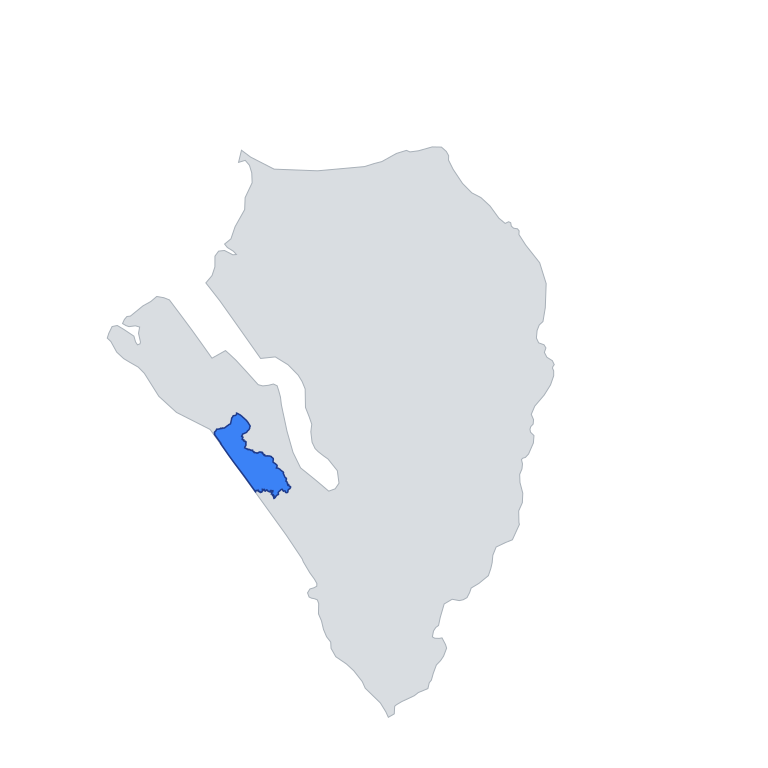 Kolda, Kolda, Senegal (highlighted), rotated 54°
{"feature_id": "50182788B77977720497228", "entity_name": "Kolda", "entity_type": "district", "adm_level": 2, "iso_a3": "SEN", "parent_name": "Senegal", "parent_adm1": "Kolda", "projection": "mercator", "projection_center": [-14.609, 12.87], "detail": "fine", "context": "in_parent", "style": "filled", "palette": "blue", "viewbox_px": 768, "rotation_deg": 54, "n_neighbors": 0, "source": "geoboundaries", "source_scale": "gbopen_adm2", "svg_char_len": 8596}
<svg xmlns="http://www.w3.org/2000/svg" viewBox="0 0 768 768"><g transform="rotate(54 384 384)"><path d="M577.2,357.0L585.5,371.7L583.7,378.8L581.8,389.1L586.5,396.6L592.1,401.5L596.0,406.0L600.4,412.2L601.1,424.5L600.3,433.4L603.1,437.4L605.6,442.4L605.1,446.7L603.5,450.4L598.2,455.4L597.3,464.6L605.9,475.7L611.4,481.8L611.4,485.2L612.9,489.1L617.0,493.5L619.5,492.4L622.3,488.8L623.5,486.3L631.0,487.4L634.5,488.6L639.2,495.8L641.0,500.7L642.1,506.8L647.1,514.3L651.4,519.7L652.3,523.0L656.2,527.5L653.8,537.6L654.0,542.7L651.4,556.1L650.8,562.5L651.0,564.8L656.9,569.6L656.2,576.4L650.3,575.2L639.9,574.4L619.1,578.0L612.0,576.5L598.3,577.0L588.6,578.9L576.3,583.3L566.7,582.2L561.5,578.8L554.7,579.0L547.0,577.2L538.9,573.8L531.4,572.1L523.3,565.9L519.5,564.8L516.9,566.4L514.7,568.5L512.3,569.8L508.0,568.6L506.3,564.4L507.7,560.4L508.1,557.3L506.0,555.6L501.1,555.0L493.2,555.0L480.4,553.8L477.4,553.0L448.7,551.9L419.0,551.8L393.7,551.7L361.9,551.6L339.5,551.5L318.6,551.4L302.5,559.6L285.0,568.6L261.6,573.4L234.5,571.6L225.9,572.9L217.0,576.9L210.4,579.7L201.1,581.5L189.1,580.0L184.2,580.9L181.2,576.8L177.7,570.2L179.9,565.4L187.2,562.3L198.3,558.2L204.0,560.3L207.4,560.4L208.1,557.8L207.0,556.4L198.7,552.8L194.3,548.2L190.8,550.9L187.7,556.6L185.1,558.4L181.4,560.0L179.2,556.1L178.3,552.3L180.0,549.3L179.1,532.9L180.2,524.1L179.6,516.4L184.8,511.4L189.8,508.2L209.1,507.9L227.1,507.7L244.4,507.8L262.0,508.0L263.8,492.6L269.4,491.4L277.7,489.8L293.3,488.0L310.6,486.2L314.3,483.2L317.2,478.1L319.0,473.5L322.6,471.5L327.5,473.1L333.8,475.5L340.4,479.2L348.0,482.6L353.0,484.8L365.1,490.2L385.8,497.8L402.8,500.8L423.4,495.3L438.2,491.7L440.1,485.1L437.8,478.7L426.7,472.7L411.7,473.4L407.1,475.0L400.1,477.0L395.8,477.7L388.8,476.4L379.7,471.3L374.1,466.1L366.2,463.7L356.8,461.3L341.7,450.7L333.9,448.8L326.4,448.2L312.1,450.3L298.2,456.0L290.8,468.8L276.9,468.6L247.2,468.2L220.0,467.9L197.5,468.7L195.2,459.4L189.9,452.0L181.2,445.6L179.3,439.7L182.2,434.6L190.6,430.4L192.5,427.3L188.1,427.8L181.5,430.5L177.1,430.7L176.6,422.5L169.2,412.0L161.0,394.2L151.6,386.8L143.7,372.4L135.5,366.9L128.0,364.3L121.5,364.8L119.2,371.4L111.1,361.9L122.1,358.5L145.6,346.6L172.5,312.4L196.7,271.9L199.9,262.3L202.8,255.0L204.8,238.4L208.2,228.5L211.5,226.6L215.6,219.0L220.5,205.7L226.1,198.3L232.4,196.9L237.3,197.5L240.8,200.2L251.0,201.9L267.9,202.6L281.0,200.6L290.2,196.0L302.3,193.6L317.3,193.6L325.3,191.6L326.0,187.8L328.0,186.7L331.1,188.2L334.1,187.6L336.9,184.8L339.6,184.7L342.4,187.0L354.9,187.7L377.4,186.8L398.1,193.8L417.1,208.7L426.9,218.7L427.5,223.7L430.7,228.7L436.4,233.7L441.6,234.7L446.3,231.5L450.0,231.8L452.7,235.7L458.1,236.5L464.1,234.1L468.4,234.9L469.2,237.2L470.2,238.4L473.1,239.0L477.1,241.9L482.6,249.8L487.1,260.9L490.5,275.0L495.1,282.7L500.8,284.0L504.1,286.9L504.7,290.2L506.4,292.5L509.1,293.8L513.9,293.0L519.5,297.8L525.6,308.2L526.5,312.8L525.6,315.3L525.9,317.2L530.0,318.9L533.8,322.3L536.9,327.4L543.6,331.9L553.9,335.9L561.3,341.8L565.8,349.6L575.3,356.2L577.2,357.0Z" fill="#d9dde1" stroke="#a8b0b8" stroke-width="1"/><path d="M325.2,550.8L336.0,550.8L336.0,551.1L336.8,551.2L350.4,551.5L360.1,551.5L369.6,551.3L377.2,551.2L395.8,551.3L395.8,551.1L395.3,550.6L394.7,549.4L394.9,549.6L395.1,549.6L395.5,549.2L396.2,548.9L396.0,548.4L396.8,548.6L397.0,548.4L397.0,548.1L397.0,547.5L397.1,548.0L397.5,548.4L397.9,548.2L397.9,547.9L398.1,547.8L398.6,547.9L399.0,547.8L398.8,547.3L398.9,547.2L399.0,547.1L399.5,546.8L399.6,546.6L399.6,546.3L399.2,545.8L399.2,545.1L399.0,544.8L398.9,544.6L398.1,544.7L397.9,544.5L398.4,544.5L398.6,544.3L398.6,543.5L398.6,543.3L398.9,542.8L399.1,542.9L399.2,543.2L399.4,543.3L399.7,543.4L400.1,543.4L400.9,543.0L400.9,542.8L400.9,542.6L400.8,542.4L400.6,542.2L400.6,541.6L400.8,541.3L400.8,541.0L401.3,540.9L401.7,541.1L402.0,541.0L402.2,540.8L402.5,540.8L403.5,540.3L403.7,540.0L403.9,540.0L404.1,539.9L404.2,539.7L404.1,539.3L403.9,539.3L403.4,539.7L403.6,539.4L403.7,539.0L403.7,538.8L403.7,538.6L403.7,538.4L403.6,538.0L403.7,537.9L404.0,537.9L404.7,537.5L404.8,537.5L405.0,537.7L405.3,537.3L405.2,537.1L404.9,537.0L404.8,536.9L405.0,536.6L405.5,537.0L405.9,537.5L405.6,537.8L405.5,538.8L405.6,539.0L405.9,538.9L406.2,539.0L406.8,539.7L407.0,539.3L407.7,539.1L408.2,538.8L408.3,539.0L408.1,539.0L407.8,539.1L408.0,539.4L408.1,539.5L408.7,539.4L408.9,539.7L409.0,539.7L409.3,539.6L409.5,539.5L409.6,539.4L409.6,539.2L409.4,539.0L409.5,538.8L409.4,538.7L409.5,538.7L409.8,538.8L410.1,538.8L410.2,539.0L410.6,539.6L411.1,540.1L411.9,540.3L412.0,540.0L411.8,539.0L411.8,538.8L411.9,538.7L411.6,538.2L411.5,537.6L411.2,537.3L411.1,536.7L411.1,536.4L411.0,535.7L411.3,534.5L411.2,534.3L411.1,534.0L410.3,533.8L409.7,533.5L409.3,532.5L409.2,531.2L409.0,530.1L409.0,529.1L409.2,528.4L409.4,528.2L410.8,528.4L411.2,528.3L411.4,528.4L411.6,528.4L411.8,527.7L412.2,527.1L412.4,526.9L412.8,526.9L413.3,527.2L413.6,527.3L414.1,527.2L414.5,526.9L414.8,526.5L415.0,525.7L414.9,525.5L414.4,524.8L414.2,524.6L413.9,524.5L413.6,524.2L413.4,523.8L413.2,523.1L413.3,522.3L413.2,521.9L413.3,521.7L413.1,521.4L413.0,520.7L412.9,520.5L412.4,520.3L412.3,520.1L412.1,520.2L411.9,520.1L411.7,520.1L411.4,520.5L410.4,520.6L410.1,520.9L409.9,520.7L409.6,521.3L409.2,521.3L409.0,521.2L408.9,520.7L408.7,520.9L408.0,520.8L407.6,520.6L407.5,520.3L407.1,520.4L406.9,520.4L406.1,520.0L405.5,520.2L404.9,520.4L404.8,520.1L404.3,519.8L403.9,519.1L403.6,519.0L403.1,518.8L402.9,518.4L402.0,518.7L401.5,518.9L400.5,518.8L399.4,518.5L399.1,518.5L398.6,518.3L397.7,518.2L397.2,518.1L396.9,517.7L396.7,517.4L395.5,517.3L394.8,517.7L394.1,517.8L393.3,518.1L391.5,518.4L390.9,518.7L390.5,518.9L389.8,519.2L389.3,519.7L388.7,520.4L387.6,518.8L387.5,518.6L387.1,518.4L386.9,518.4L386.6,518.3L386.0,518.5L384.6,518.7L384.0,519.0L382.8,519.4L382.3,519.7L381.8,519.5L381.0,519.0L380.5,518.4L380.4,518.2L380.0,517.9L379.9,517.9L379.2,517.4L378.9,517.4L378.1,517.6L377.8,517.6L377.4,517.9L376.9,518.0L376.5,517.8L376.3,517.9L374.8,519.1L374.2,519.9L374.0,520.3L373.9,520.4L373.6,520.5L373.4,520.9L373.1,521.4L373.0,521.6L372.8,521.8L372.7,522.0L372.1,522.4L371.5,522.9L371.2,523.0L370.9,522.9L370.6,522.5L370.6,522.4L370.1,522.8L369.7,522.8L369.2,523.1L368.6,522.6L368.3,522.6L368.2,522.6L368.4,523.0L368.2,523.2L367.7,523.1L367.2,523.4L366.7,523.4L366.6,523.5L366.6,523.9L366.3,524.4L366.0,524.5L365.7,524.9L365.7,525.2L365.7,525.6L365.7,526.0L365.8,526.2L365.7,526.6L365.4,526.8L365.4,527.3L365.1,527.3L364.8,527.8L364.4,527.9L364.1,528.3L363.8,528.5L363.5,528.8L363.5,529.1L363.2,529.3L363.1,529.1L362.4,529.0L362.2,529.4L362.0,529.5L361.7,529.5L361.3,529.4L360.9,529.7L360.6,529.8L360.2,529.3L360.0,529.5L359.7,530.0L359.5,530.7L359.1,530.9L358.6,530.9L357.5,531.6L357.6,531.9L357.4,532.1L357.3,532.4L357.2,532.4L357.2,532.6L356.6,532.7L356.3,532.9L356.1,532.8L355.5,533.4L355.2,533.4L355.0,533.6L354.6,533.7L354.2,534.0L353.9,534.0L353.7,534.2L353.0,533.4L352.9,532.6L352.5,532.2L352.4,531.7L352.0,531.6L351.8,531.4L351.7,531.1L351.0,530.9L350.8,530.8L350.6,530.2L350.4,530.1L350.0,530.0L349.6,529.7L349.4,530.0L349.3,529.9L349.1,529.8L348.5,530.0L348.1,530.8L347.8,530.8L347.7,530.8L347.6,530.6L347.4,530.6L347.1,530.7L346.8,530.3L346.7,530.4L346.7,530.7L346.2,530.8L345.9,531.1L345.5,531.3L345.2,531.0L345.1,530.6L344.5,530.3L344.4,529.6L344.1,529.4L343.7,529.4L343.5,529.5L342.7,530.0L342.4,529.7L342.2,528.9L341.9,528.5L341.9,528.3L341.4,527.9L341.4,527.7L341.9,525.9L342.0,525.6L342.0,525.0L342.2,524.6L342.3,523.9L342.2,523.0L342.1,522.7L341.8,522.3L341.6,520.3L341.1,519.1L340.9,518.7L340.3,518.3L339.9,517.9L339.7,517.4L339.6,517.2L339.1,516.9L338.7,516.9L337.6,516.8L336.7,516.8L336.1,516.7L335.6,516.7L335.3,516.6L335.1,516.7L334.5,516.6L333.6,516.7L333.4,516.6L333.0,516.8L332.4,516.7L331.2,517.0L329.2,517.4L328.5,517.5L328.2,517.7L327.4,517.8L326.4,518.0L326.2,518.0L325.5,518.3L325.4,518.3L324.8,518.4L323.9,518.8L323.5,519.1L323.1,519.2L322.9,519.3L322.2,519.6L321.7,520.0L321.4,520.0L320.9,520.4L321.7,521.0L321.9,521.3L322.0,521.6L322.1,522.3L322.1,522.7L321.4,523.9L321.1,524.5L321.2,525.2L321.5,525.5L321.9,526.4L321.9,526.8L322.0,527.2L322.2,527.5L322.5,527.6L326.0,531.6L325.9,532.4L325.7,533.1L325.7,533.7L325.8,534.4L325.7,535.7L325.8,538.6L325.7,539.2L325.5,539.6L324.9,540.2L324.7,540.4L324.8,541.1L324.7,541.4L324.4,541.7L323.9,541.8L323.7,542.4L323.9,542.8L323.8,543.1L323.5,543.7L322.9,545.0L322.2,545.8L322.2,546.0L322.5,546.5L322.7,546.8L323.1,547.7L323.3,549.3L323.6,549.8L324.0,549.9L324.3,550.0L324.6,550.2L324.6,550.3L324.8,550.3L325.0,550.6L325.2,550.8Z" fill="#3b82f6" stroke="#1e3a8a" stroke-width="1.5"/></g></svg>